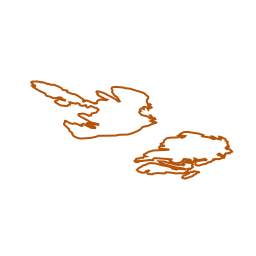 the district of Træna nor, Norway, rotated 18°
{"feature_id": "86288312B36206301754919", "entity_name": "Træna nor", "entity_type": "district", "adm_level": 2, "iso_a3": "NOR", "parent_name": "Norway", "parent_adm1": "", "projection": "robinson", "projection_center": [12.061, 66.501], "detail": "fine", "context": "isolated", "style": "outline", "palette": "amber", "viewbox_px": 256, "rotation_deg": 18, "n_neighbors": 0, "source": "geoboundaries", "source_scale": "gbopen_adm2", "svg_char_len": 5984}
<svg xmlns="http://www.w3.org/2000/svg" viewBox="0 0 256 256"><g transform="rotate(18 128 128)"><path d="M132.0,89.8L117.8,90.0L112.3,91.1L111.2,90.9L104.1,92.6L102.0,93.4L100.3,94.5L100.2,95.7L101.8,97.4L101.7,98.7L105.5,101.5L107.2,101.7L108.8,102.5L111.9,105.2L111.4,105.6L110.4,105.7L107.5,104.5L94.2,102.2L89.6,102.2L87.0,102.8L86.8,103.4L88.5,104.5L88.4,104.9L88.8,105.1L88.5,105.5L89.9,106.2L97.4,107.5L99.5,107.5L99.0,108.2L92.4,109.6L91.7,110.8L90.9,111.0L90.4,112.0L90.3,113.4L90.7,114.0L89.4,114.3L89.1,114.4L89.4,114.8L88.7,115.1L80.3,114.5L77.7,116.6L77.1,116.6L76.9,116.4L78.0,115.4L77.9,115.0L69.7,112.7L66.8,112.3L64.8,112.8L59.3,112.6L58.8,112.4L59.0,111.5L58.5,111.2L54.1,111.9L53.5,111.2L51.0,110.3L44.4,109.7L41.5,110.7L38.4,110.6L38.2,111.0L33.6,110.8L32.0,111.1L32.5,111.6L31.5,111.3L27.2,111.8L22.5,113.5L22.0,114.0L22.0,114.6L23.2,115.4L26.7,116.5L26.7,117.0L24.0,117.6L25.3,118.4L31.4,119.9L38.5,120.8L39.0,121.0L39.6,122.1L41.1,122.6L43.8,122.3L47.9,122.7L50.6,121.7L51.5,120.8L54.6,119.7L57.0,120.7L60.5,121.0L59.2,121.5L52.9,121.8L52.4,123.5L50.5,124.7L50.3,125.4L51.1,126.1L56.7,127.3L62.3,126.3L63.9,125.4L64.1,124.5L65.7,123.6L65.4,122.7L64.3,121.7L65.4,121.3L66.0,121.6L70.3,121.1L71.7,120.5L71.9,120.0L74.7,120.2L75.0,121.1L76.2,121.3L79.0,120.6L80.4,119.4L81.3,119.4L81.5,120.3L81.9,120.7L83.1,121.0L84.5,120.3L85.3,118.8L86.3,118.6L90.6,119.0L91.9,118.7L94.0,119.4L94.4,119.7L93.6,120.4L93.8,121.4L93.0,123.2L88.9,125.5L89.0,127.5L87.3,127.9L87.3,128.4L86.9,128.5L84.4,128.0L80.9,128.1L76.8,130.0L76.6,130.5L77.6,131.5L88.1,133.4L89.1,133.9L91.5,134.1L99.3,133.4L98.5,133.9L98.7,134.2L93.4,135.3L88.5,135.5L87.5,136.2L87.8,136.4L87.7,136.7L88.4,137.1L90.1,137.5L95.8,137.2L96.7,137.7L96.8,138.2L92.4,139.3L91.0,138.7L90.1,138.9L84.0,137.8L83.5,138.6L83.7,139.4L83.0,139.4L83.5,140.2L82.3,140.5L78.8,139.9L77.6,140.2L76.2,139.8L74.2,141.1L71.1,141.4L67.7,140.6L65.9,140.7L65.9,141.3L66.4,141.8L65.7,143.6L66.4,144.6L72.3,147.3L73.0,148.6L73.6,149.0L76.6,150.0L76.6,150.8L79.0,152.6L83.7,153.1L87.1,152.4L95.5,149.0L100.4,146.2L102.2,144.6L118.9,138.9L121.8,137.1L129.8,134.3L133.4,131.9L138.0,128.0L140.2,125.5L141.3,123.0L142.0,122.3L147.0,119.3L150.2,116.2L152.9,114.7L153.1,114.0L152.7,113.9L148.9,114.6L147.4,114.4L151.3,111.1L150.2,110.2L149.6,110.9L148.5,111.0L145.7,108.9L145.3,109.1L146.2,109.6L145.9,109.7L147.6,111.7L145.9,112.1L143.7,111.0L136.5,111.4L133.7,109.5L134.7,108.0L134.4,107.7L134.6,107.6L133.6,107.2L134.2,105.6L135.8,104.9L137.2,105.1L136.7,104.1L136.0,104.0L135.9,103.7L136.4,103.2L137.8,102.6L139.9,102.8L141.7,104.4L141.8,104.0L140.6,102.7L143.2,102.2L144.1,101.2L143.3,100.8L141.1,101.1L140.4,100.7L140.1,100.2L140.6,99.8L140.0,99.3L141.7,99.3L142.2,98.8L141.5,98.5L140.0,98.8L139.0,98.6L137.5,96.9L137.4,94.9L138.0,93.9L138.0,93.1L137.5,92.0L132.0,89.8ZM220.4,107.9L217.3,108.0L217.4,108.7L217.1,108.8L218.3,109.0L219.8,109.9L219.9,110.3L216.1,110.7L211.0,110.0L209.7,110.2L209.8,110.8L213.7,111.7L213.1,112.2L208.0,111.8L201.5,113.0L200.9,112.9L201.0,112.2L202.9,111.5L196.9,111.5L185.5,113.4L182.4,114.6L179.3,117.8L179.7,118.5L179.1,118.6L178.6,119.2L184.9,118.0L184.1,119.4L182.2,120.7L181.1,120.5L182.1,119.8L180.5,119.9L178.1,121.3L178.2,121.6L171.2,124.1L168.2,125.7L166.3,128.4L166.5,130.6L164.0,133.0L164.6,133.8L168.6,133.6L163.9,135.6L163.6,136.3L163.9,137.5L165.1,137.8L173.0,135.9L173.9,136.0L158.7,141.7L156.9,143.2L155.6,143.7L151.5,148.0L151.8,148.6L151.4,148.8L151.6,149.1L154.0,149.4L152.0,150.3L151.6,150.8L151.5,151.8L149.1,152.4L147.3,153.9L145.5,154.6L145.2,155.3L146.3,156.4L144.4,157.1L144.5,157.5L146.1,158.0L147.5,157.6L148.3,157.0L147.7,156.7L149.2,155.6L150.7,155.4L158.8,151.6L161.7,151.1L162.0,150.6L161.6,149.5L162.6,148.4L180.0,144.1L177.4,145.9L178.4,146.8L178.2,147.6L178.6,147.6L178.2,148.0L178.4,148.5L172.2,148.8L167.5,150.2L169.4,151.1L171.3,151.3L184.6,150.8L193.6,149.3L196.0,149.4L186.4,151.8L188.0,152.4L182.4,152.9L182.2,152.1L177.0,152.2L172.4,152.9L165.4,153.2L160.3,154.4L157.9,155.7L156.6,157.2L153.7,159.1L153.3,159.9L150.7,162.8L149.4,165.0L150.8,166.0L155.2,166.2L157.9,165.2L158.3,163.6L160.8,162.0L161.2,162.1L161.1,162.6L159.3,163.9L160.0,164.1L160.5,165.2L161.4,165.4L165.3,164.6L166.0,163.7L170.3,161.6L176.4,160.1L177.3,159.5L177.1,159.2L177.5,158.5L180.6,157.6L188.0,156.3L191.5,154.8L194.0,154.4L196.3,152.9L196.8,151.8L199.7,152.6L195.3,156.6L194.8,158.4L195.7,158.7L197.5,158.6L199.1,157.7L204.7,153.4L204.9,152.3L206.5,151.2L206.7,150.4L207.7,149.5L207.9,148.9L210.0,147.9L204.0,148.7L203.6,149.0L203.5,149.7L201.1,150.6L200.1,151.7L197.8,151.4L197.5,151.1L198.0,149.9L197.3,148.8L198.6,148.4L197.9,148.1L198.0,147.9L200.1,147.7L201.1,145.7L201.5,145.7L201.9,144.9L200.5,144.2L200.6,143.1L201.0,142.6L200.8,142.3L198.5,141.8L192.2,143.4L191.1,145.2L192.8,145.6L192.4,146.4L189.8,146.4L187.7,147.5L183.7,148.3L179.2,148.3L178.8,147.6L179.6,146.8L183.5,146.9L185.9,146.2L189.4,143.9L189.6,143.1L190.4,142.3L190.0,142.3L190.8,140.1L197.2,138.9L197.5,139.2L194.2,140.1L193.2,141.3L194.5,141.6L199.8,140.9L200.8,140.0L201.0,139.5L200.6,139.5L200.5,138.9L201.7,137.5L200.7,136.5L202.1,136.3L203.7,136.9L204.9,136.7L210.0,134.1L210.6,133.4L212.5,134.0L212.5,134.6L209.9,135.1L202.6,138.9L202.6,139.9L203.0,140.3L203.4,142.0L205.2,142.3L207.6,141.5L209.5,140.0L213.2,137.9L215.5,135.5L217.1,134.8L218.5,132.5L218.9,132.6L219.5,132.0L219.3,131.8L219.8,131.8L220.1,131.4L219.5,131.3L220.1,130.6L224.4,129.5L227.5,126.8L228.4,126.8L228.5,126.1L227.7,126.1L228.4,125.7L228.1,125.3L223.8,125.5L222.2,126.0L221.4,125.4L222.5,124.2L223.2,124.0L225.0,124.8L227.5,124.9L228.8,124.2L228.8,122.9L228.4,122.8L228.8,121.9L231.5,121.0L231.1,120.8L233.5,119.1L233.2,119.0L234.0,118.1L231.7,117.0L230.2,116.9L228.8,117.5L227.4,117.1L227.0,116.9L227.2,116.5L228.1,116.2L228.3,115.8L226.9,115.2L229.6,115.2L229.8,114.6L227.9,112.8L227.4,111.5L226.9,111.5L227.1,110.4L224.7,109.9L224.7,109.2L223.6,108.3L220.9,108.3L220.4,107.9Z" fill="none" stroke="#b45309" stroke-width="2"/></g></svg>